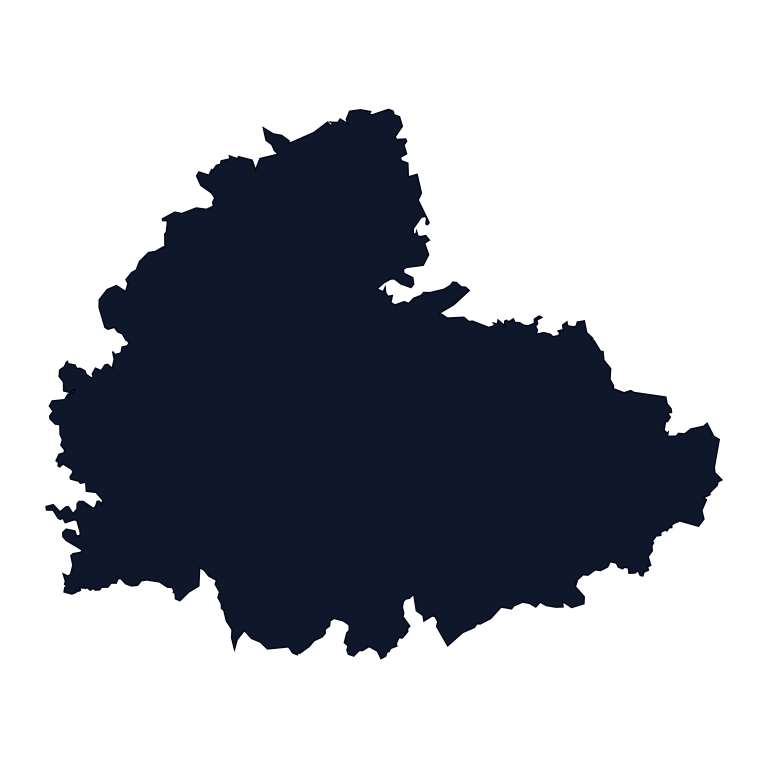 Tehuitzingo, Puebla, Mexico (Albers equal-area conic projection)
{"feature_id": "50627088B27065813570202", "entity_name": "Tehuitzingo", "entity_type": "district", "adm_level": 2, "iso_a3": "MEX", "parent_name": "Mexico", "parent_adm1": "Puebla", "projection": "albers", "projection_center": [-98.326, 18.369], "detail": "fine", "context": "isolated", "style": "filled", "palette": "ink", "viewbox_px": 768, "rotation_deg": 0, "n_neighbors": 0, "source": "geoboundaries", "source_scale": "gbopen_adm2", "svg_char_len": 6024}
<svg xmlns="http://www.w3.org/2000/svg" viewBox="0 0 768 768"><path d="M370.6,111.6L360.4,109.8L349.6,111.3L346.3,119.3L348.0,123.9L340.1,119.0L337.8,122.6L330.6,122.2L332.7,123.7L331.0,126.0L327.5,122.2L314.0,132.5L289.2,143.4L289.0,140.8L281.7,135.5L273.2,133.9L263.3,127.8L266.1,140.3L271.8,144.5L274.4,150.5L278.3,154.2L260.0,158.6L255.5,170.0L252.1,160.2L238.5,156.7L237.6,158.9L229.4,155.9L230.1,158.8L221.2,160.9L220.7,164.1L216.4,165.4L212.9,170.4L211.7,169.6L209.0,175.3L198.9,172.0L196.6,175.9L200.9,185.4L211.6,193.0L214.8,198.0L212.8,202.1L213.4,206.2L206.5,209.4L196.3,208.0L181.8,213.6L174.8,212.2L162.4,218.9L162.6,220.5L167.1,220.6L167.4,222.9L166.4,232.3L164.8,233.9L165.0,247.7L163.3,246.9L155.4,251.5L148.5,252.6L139.6,261.5L136.2,270.1L131.8,272.5L126.0,279.6L128.0,283.6L125.6,291.7L116.5,285.6L107.2,289.6L99.3,299.7L99.1,307.5L105.0,327.4L108.0,329.2L114.4,327.3L117.7,331.8L122.3,333.8L125.9,339.9L129.3,342.5L127.3,345.9L122.1,347.0L121.1,353.0L115.1,354.6L112.6,351.6L114.2,359.2L112.2,368.5L107.7,364.4L104.8,365.1L101.2,370.8L95.5,368.2L92.3,373.8L93.3,376.7L91.3,378.0L86.2,374.4L85.0,370.9L80.3,368.4L76.5,368.4L75.1,365.1L67.8,363.7L67.5,361.5L66.5,362.0L64.4,366.7L59.7,370.1L59.2,376.4L63.5,382.0L63.7,390.9L69.4,392.3L74.4,389.7L73.3,392.2L67.9,394.4L64.7,399.7L52.1,401.0L49.4,406.0L53.2,411.3L49.7,416.1L50.1,418.9L55.4,424.1L59.9,424.6L60.1,434.4L62.5,439.7L60.9,445.1L64.7,450.0L64.1,452.8L59.1,454.3L56.1,460.7L58.6,462.6L58.1,465.9L59.8,466.9L62.9,463.9L71.2,468.9L73.3,471.9L70.1,476.8L70.6,479.0L79.0,481.3L80.3,483.2L85.7,482.2L86.4,491.2L96.1,492.4L102.9,500.4L101.8,504.0L99.2,501.2L97.2,501.4L95.5,506.8L93.2,508.3L83.1,501.5L79.0,501.5L77.2,503.7L77.0,509.2L72.9,513.7L68.5,506.8L66.0,506.9L60.0,511.9L53.2,504.7L46.1,506.6L46.6,510.0L53.1,510.1L58.1,518.1L60.1,519.3L62.9,518.2L65.3,522.7L74.0,519.8L76.9,520.4L80.4,533.0L79.7,535.9L76.3,535.8L74.9,531.0L66.2,529.2L62.8,532.6L62.9,536.7L66.2,540.4L82.2,550.0L80.7,552.4L73.1,553.7L70.9,555.6L72.9,565.2L70.6,574.4L67.8,576.1L63.2,573.9L65.5,581.3L64.6,584.2L66.7,586.1L64.8,587.7L64.1,591.9L72.0,594.0L76.1,592.3L75.9,589.8L78.0,591.4L80.4,590.3L79.6,587.2L82.9,588.2L84.3,587.0L85.1,588.5L87.3,587.5L90.1,590.1L93.6,588.4L95.4,590.1L99.6,589.8L101.6,587.2L107.8,587.1L111.2,583.0L116.2,583.1L117.9,578.8L120.6,578.4L125.6,583.7L131.5,585.9L137.7,585.2L141.2,580.7L146.8,579.9L159.6,581.9L167.4,587.1L172.2,587.4L174.2,591.2L173.3,592.2L175.1,593.3L175.5,598.8L179.9,600.7L188.8,592.0L198.8,586.0L199.6,567.6L204.0,570.0L208.7,576.0L216.6,580.3L215.2,584.2L219.6,592.0L218.0,597.6L221.3,603.6L221.6,608.5L223.9,610.4L226.3,620.8L232.1,629.7L231.6,637.6L234.5,649.3L237.1,639.7L244.3,630.5L251.5,638.4L260.3,642.0L267.5,648.9L288.6,646.8L292.6,652.8L297.3,654.7L298.4,652.6L299.9,653.2L309.0,646.6L314.1,640.7L322.1,636.9L325.1,633.4L325.1,629.2L329.5,626.1L330.1,620.8L334.1,618.3L343.3,620.9L349.2,624.9L349.2,630.4L346.8,633.1L344.4,642.7L348.0,645.7L347.0,650.2L348.4,654.2L353.8,656.0L359.1,650.5L362.6,650.5L369.1,646.5L377.4,651.1L381.0,658.6L385.6,656.2L387.0,651.9L388.9,651.6L390.6,648.4L396.8,646.0L396.1,643.8L398.9,637.5L402.3,638.0L407.7,631.5L407.5,628.7L409.7,626.1L402.8,616.5L403.7,613.2L402.3,607.2L403.2,601.8L405.4,599.1L409.6,598.1L413.7,593.9L416.4,610.8L423.1,615.5L423.9,621.0L432.1,616.0L434.9,616.3L437.8,621.5L436.7,626.5L447.7,645.8L462.5,632.6L474.3,627.4L476.8,623.8L480.3,623.9L490.7,618.5L501.1,607.0L511.5,608.8L513.9,605.8L522.6,602.1L529.6,603.3L535.7,607.0L540.2,602.1L546.3,605.5L555.7,607.1L563.0,606.9L562.6,601.5L571.7,607.5L583.9,603.7L584.2,596.8L575.3,586.6L577.0,581.8L575.4,581.8L583.0,574.7L588.0,575.1L595.2,569.8L600.6,570.5L607.6,566.9L610.2,561.6L616.4,563.1L618.3,567.0L622.5,568.8L624.3,567.2L628.4,567.9L629.0,573.2L634.9,573.0L638.0,570.6L640.3,575.4L642.8,575.9L644.1,571.9L648.4,570.2L647.6,566.8L650.7,565.3L648.1,556.6L652.2,551.0L651.9,545.5L653.5,543.0L652.3,541.2L656.1,536.0L660.8,535.3L660.7,532.2L665.5,529.9L666.8,530.9L669.2,527.7L671.8,527.5L671.6,525.3L673.8,523.4L679.9,520.9L698.5,526.2L703.9,519.1L701.8,510.3L706.4,499.8L703.5,497.8L709.9,494.6L709.7,492.8L717.2,485.3L717.9,482.0L721.9,479.9L714.8,472.6L714.3,467.3L719.2,439.5L713.8,436.4L707.1,423.3L703.6,426.3L690.9,429.0L684.6,434.0L678.5,433.4L676.3,436.2L667.4,436.4L668.1,432.3L667.1,433.1L664.0,430.3L665.6,421.3L667.5,421.5L670.3,417.1L667.4,413.2L671.5,412.3L671.1,408.9L667.0,403.7L665.8,397.1L634.0,392.5L630.7,390.6L624.1,392.8L613.4,388.8L613.4,385.6L610.0,379.5L610.6,368.6L603.8,360.2L603.0,351.5L600.7,351.6L593.8,340.4L590.9,339.1L592.6,338.2L586.7,332.7L584.3,320.9L577.3,322.1L576.4,325.9L573.7,326.9L567.7,325.9L566.9,321.9L562.6,325.1L563.4,329.6L558.1,331.0L559.9,333.1L558.6,335.6L553.0,336.8L550.3,334.3L543.6,332.6L536.3,334.4L537.4,330.0L535.5,326.5L537.6,323.6L536.7,320.2L541.8,317.4L539.0,316.1L534.4,319.1L534.4,323.3L528.2,325.8L523.7,325.3L519.5,322.6L515.0,322.7L513.3,318.9L508.8,321.8L506.6,320.3L504.8,321.1L504.5,325.6L498.1,320.1L497.5,324.1L493.5,323.1L494.7,324.9L493.8,325.9L488.7,327.5L472.6,321.2L468.7,321.5L463.9,317.3L447.4,318.1L439.6,313.0L453.8,304.7L469.2,290.5L465.5,287.2L461.2,287.0L456.4,282.5L452.6,282.2L450.8,285.1L444.1,289.3L429.9,292.7L423.6,292.5L421.4,295.3L413.7,298.3L408.6,303.5L404.3,301.7L395.0,305.0L390.8,302.6L392.3,295.6L387.9,296.4L385.6,292.7L385.1,287.5L383.2,291.8L376.8,288.9L384.0,282.7L390.4,279.1L394.3,278.8L401.1,284.0L411.1,287.5L413.6,284.2L412.8,277.7L403.9,273.3L403.3,269.4L406.4,267.4L423.2,265.2L428.6,254.7L424.5,243.2L429.3,240.1L425.7,235.6L419.7,236.8L417.7,235.6L416.6,231.5L415.8,234.6L413.2,233.2L413.4,228.3L421.1,217.5L424.6,216.1L426.7,218.0L425.9,223.9L427.5,224.7L429.1,222.6L418.1,200.0L421.4,193.1L417.1,174.4L408.3,176.9L407.8,163.2L401.2,160.7L400.7,158.8L400.3,157.3L406.6,153.8L403.9,145.1L406.6,141.4L405.7,139.0L396.9,139.6L395.0,137.0L402.3,126.3L399.5,116.8L394.0,114.8L393.1,111.2L388.5,109.4L372.3,114.9L369.2,114.3L370.6,111.6Z" fill="#0f172a" stroke="#020617" stroke-width="1.5"/></svg>